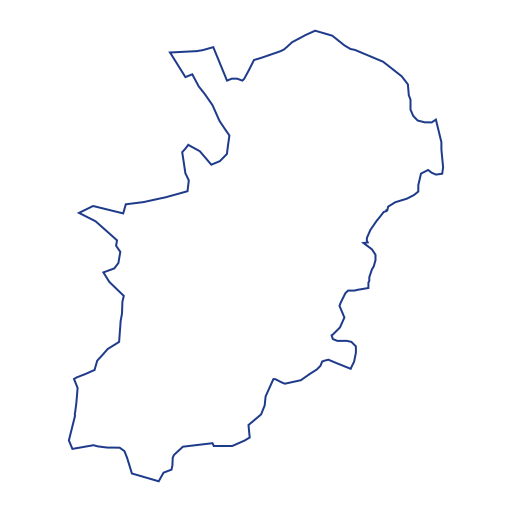 Nebro, Ad Daqahliyah, Egypt (orthographic projection)
{"feature_id": "37247803B57477737935705", "entity_name": "Nebro", "entity_type": "district", "adm_level": 2, "iso_a3": "EGY", "parent_name": "Egypt", "parent_adm1": "Ad Daqahliyah", "projection": "orthographic", "projection_center": [31.299, 31.129], "detail": "fine", "context": "isolated", "style": "outline", "palette": "blue", "viewbox_px": 512, "rotation_deg": 0, "n_neighbors": 0, "source": "geoboundaries", "source_scale": "gbopen_adm2", "svg_char_len": 2695}
<svg xmlns="http://www.w3.org/2000/svg" viewBox="0 0 512 512"><path d="M170.0,52.5L170.8,53.7L185.4,77.1L192.3,74.3L198.7,86.4L204.6,93.8L212.4,105.0L219.4,120.7L221.4,123.8L226.0,130.6L229.4,135.5L227.7,147.6L226.9,154.0L226.2,154.7L219.9,161.1L219.0,161.5L211.3,164.7L210.7,164.0L199.8,151.2L189.0,145.3L188.3,144.8L185.5,148.5L182.2,152.2L184.1,164.6L185.4,173.4L186.0,174.5L188.8,180.4L187.5,191.2L165.6,197.3L160.4,198.4L143.9,202.0L141.9,202.3L125.8,204.3L123.2,213.4L100.4,207.8L93.1,206.0L79.0,212.9L88.3,217.6L91.9,219.4L95.6,221.3L117.0,240.3L116.1,245.7L118.3,249.0L120.3,251.8L118.4,263.0L114.3,268.4L103.4,272.4L109.3,281.9L123.8,295.9L123.4,297.5L122.4,301.8L122.0,313.5L120.7,320.7L120.5,322.6L120.4,324.6L119.1,341.9L107.7,349.0L101.8,355.7L97.2,360.7L95.9,365.2L94.5,370.1L93.5,370.4L86.4,373.6L76.7,377.4L74.0,379.0L76.2,384.4L77.6,388.1L76.4,402.5L75.2,411.9L74.8,413.6L75.0,415.9L68.9,440.3L68.9,440.5L72.4,448.9L93.5,445.2L97.4,446.3L103.3,447.1L107.9,447.6L113.4,447.6L119.7,447.7L124.4,451.1L125.0,452.5L127.2,458.1L131.9,473.5L158.7,481.3L163.5,472.7L171.5,469.6L172.0,467.3L172.4,465.5L172.7,458.5L172.8,457.4L174.1,454.8L182.9,446.7L212.5,443.2L213.8,446.0L232.0,446.0L233.6,445.4L244.5,440.6L249.7,437.5L248.9,429.4L248.5,425.0L253.4,420.9L261.1,414.4L264.7,405.4L265.6,396.4L273.4,379.1L275.2,379.1L278.7,380.9L282.3,382.7L284.9,383.7L289.0,382.8L300.9,380.2L309.7,374.0L316.8,369.5L318.1,368.2L320.4,365.9L322.2,361.5L324.8,360.6L328.4,359.7L337.2,363.4L350.7,368.8L351.4,367.1L354.1,361.7L355.9,352.7L355.9,346.4L351.4,341.9L347.0,340.9L337.3,340.9L332.8,339.0L331.6,335.3L332.9,334.5L337.3,330.1L340.0,327.4L344.4,317.5L341.3,310.2L339.8,306.5L339.5,305.8L340.9,302.2L343.6,296.8L345.3,293.3L346.8,291.8L348.0,290.6L350.7,290.6L354.2,290.6L357.7,289.8L368.4,288.0L368.4,284.4L368.4,283.5L368.4,282.6L369.3,280.8L369.3,277.2L372.0,269.2L373.7,266.5L375.5,260.2L375.5,254.8L372.0,249.4L363.5,243.0L367.7,242.4L366.8,240.6L366.9,237.9L370.4,229.9L376.6,220.9L380.2,216.5L383.7,212.0L386.4,211.1L386.4,210.2L387.3,210.2L388.2,206.6L395.3,202.2L406.8,198.7L413.9,195.1L418.3,191.5L418.3,185.2L421.0,173.6L426.3,170.9L428.1,170.0L431.6,172.7L436.0,174.6L442.2,173.7L443.1,167.4L441.4,149.4L441.4,142.2L435.9,119.6L431.7,122.4L424.7,122.3L417.6,120.5L413.2,115.9L410.5,109.6L410.5,99.7L408.8,95.2L407.9,84.4L401.7,76.3L383.2,61.8L381.6,61.1L354.9,49.9L350.5,49.0L344.3,45.3L332.3,35.7L315.1,30.7L305.4,35.1L303.4,36.2L292.1,42.2L287.2,46.7L284.1,49.4L280.5,51.2L260.2,58.2L254.0,60.0L248.6,70.7L244.2,78.8L242.4,80.6L237.1,78.7L231.8,78.7L227.0,80.6L213.3,47.2L212.1,47.5L202.5,50.2L198.1,50.9L197.2,51.1L170.0,52.5Z" fill="none" stroke="#1e3a8a" stroke-width="2"/></svg>